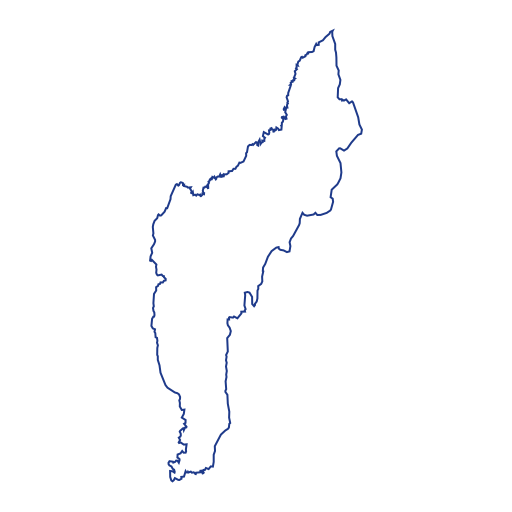 Buhigwe, Kigoma, United Republic of Tanzania (Equal Earth projection)
{"feature_id": "72390352B43433883631580", "entity_name": "Buhigwe", "entity_type": "district", "adm_level": 2, "iso_a3": "TZA", "parent_name": "United Republic of Tanzania", "parent_adm1": "Kigoma", "projection": "equal_earth", "projection_center": [29.939, -4.477], "detail": "fine", "context": "isolated", "style": "outline", "palette": "blue", "viewbox_px": 512, "rotation_deg": 0, "n_neighbors": 0, "source": "geoboundaries", "source_scale": "gbopen_adm2", "svg_char_len": 6048}
<svg xmlns="http://www.w3.org/2000/svg" viewBox="0 0 512 512"><path d="M330.3,210.5L331.0,209.4L333.1,201.8L332.7,198.7L330.6,197.2L331.7,189.7L337.3,184.4L338.4,182.5L340.5,178.3L341.4,172.5L340.5,163.1L336.9,155.8L336.3,151.4L339.2,148.3L340.2,148.3L344.0,150.6L347.3,148.5L351.3,142.7L358.0,134.9L361.2,133.7L361.9,129.6L359.4,124.5L358.2,117.3L353.0,102.4L352.0,101.4L349.2,103.2L346.1,99.4L343.9,100.6L342.8,99.9L342.1,100.5L341.6,99.2L339.5,99.3L337.7,97.3L338.1,88.1L339.8,84.4L340.4,79.9L338.4,74.3L338.7,70.5L336.5,65.7L336.4,57.5L336.0,52.6L335.2,49.8L335.2,44.0L332.4,36.1L332.2,31.7L332.7,30.7L330.2,31.9L329.5,33.7L325.5,37.1L322.9,40.3L318.7,42.4L318.7,44.9L316.9,45.1L316.2,43.9L314.6,47.0L313.6,51.2L312.0,52.0L308.4,52.2L308.2,53.3L307.5,53.0L306.7,54.5L305.3,55.3L305.4,56.3L302.7,57.7L302.0,56.8L301.2,57.2L299.7,60.7L298.3,61.6L297.4,64.6L297.7,65.3L296.6,64.8L296.6,67.5L296.0,68.3L296.9,69.2L294.8,71.2L295.5,73.9L294.0,77.6L294.7,78.2L294.0,78.3L294.5,79.6L294.2,80.3L293.2,80.2L292.9,81.1L292.5,80.7L291.7,81.1L292.2,81.9L290.7,82.8L291.0,84.4L290.3,84.9L290.9,85.0L290.5,86.3L288.2,93.0L288.2,95.3L287.1,95.7L286.6,97.3L288.0,101.4L287.4,102.4L287.9,103.5L287.2,104.1L287.0,105.9L287.4,107.6L286.4,107.7L286.1,108.5L285.7,107.7L284.9,108.3L284.5,107.5L283.7,109.1L283.9,109.8L285.8,109.6L285.2,112.2L286.8,114.9L285.9,116.6L286.5,118.7L285.5,119.0L283.7,116.6L281.9,117.1L281.8,117.7L283.4,119.1L282.9,121.7L281.9,122.6L281.8,125.1L281.2,125.7L281.7,126.2L281.4,129.6L278.9,130.1L278.2,128.7L276.4,127.5L276.0,129.9L274.9,130.6L274.4,130.0L273.4,132.4L273.4,129.9L272.0,129.2L271.5,128.1L270.8,128.4L271.5,129.0L270.8,129.8L269.0,130.3L269.3,132.7L268.9,134.1L268.1,134.5L263.8,132.1L262.9,136.1L265.0,137.8L264.4,138.5L264.3,140.9L262.3,140.6L262.6,142.2L261.6,142.5L260.5,144.1L259.6,139.7L258.1,142.5L258.1,145.5L257.3,145.1L257.1,142.8L256.0,142.1L253.1,144.9L252.5,144.2L251.5,145.0L249.6,144.9L248.0,146.4L247.0,152.2L246.1,153.2L246.2,155.8L243.5,161.5L240.4,162.9L239.4,162.6L237.9,165.7L236.5,166.7L235.4,168.8L233.5,168.8L232.1,171.0L228.6,171.3L228.6,172.8L226.7,174.3L224.3,174.3L224.0,175.3L223.4,174.5L223.0,175.2L222.1,175.1L221.4,176.0L222.3,176.6L221.1,176.9L220.2,174.4L219.2,176.6L217.8,176.5L216.3,177.5L216.3,178.7L215.8,179.3L214.4,176.8L213.9,177.7L212.4,176.9L211.8,179.3L210.5,179.6L210.5,178.9L209.8,179.5L209.8,180.5L208.5,181.7L209.0,182.8L208.1,184.5L208.2,188.0L207.8,188.1L207.0,185.8L206.4,186.9L205.3,186.6L204.5,187.6L203.5,187.6L202.8,190.8L203.4,192.9L204.1,193.1L204.0,194.2L202.4,193.7L202.4,194.7L201.0,196.1L200.6,196.1L200.1,194.6L199.3,195.0L197.4,194.3L196.2,195.6L195.1,194.7L193.3,195.2L192.9,192.5L192.5,193.3L191.3,193.1L191.2,192.5L192.2,192.0L190.0,188.6L190.8,187.3L187.9,187.6L187.1,186.8L183.9,186.0L184.1,184.7L183.0,184.9L183.0,183.2L181.7,182.5L180.7,182.3L179.9,183.0L179.0,185.1L178.3,185.6L176.9,184.1L175.8,184.7L170.7,196.2L170.5,199.2L167.2,208.2L166.1,208.1L164.6,211.7L161.2,215.4L160.0,215.6L158.6,214.4L158.0,215.1L157.2,218.2L154.6,220.8L153.3,224.2L152.8,226.9L153.4,233.4L152.9,235.5L155.1,239.9L155.1,241.5L154.0,244.2L151.3,248.3L152.2,252.8L150.6,256.3L150.1,260.6L151.1,261.0L151.9,259.9L156.4,264.5L156.0,266.8L156.5,269.6L156.2,272.8L156.9,274.6L157.8,275.4L161.6,274.6L162.8,276.0L163.9,276.2L163.9,277.1L165.7,278.9L165.6,280.4L163.9,280.8L162.8,282.5L160.5,282.4L160.0,283.9L158.4,284.3L158.1,285.8L156.1,287.2L156.2,290.5L154.0,293.9L153.4,303.2L153.8,306.3L153.0,308.0L153.5,311.0L154.3,312.4L154.5,315.0L154.1,316.6L153.3,316.7L152.1,318.8L151.4,325.9L152.8,328.4L155.0,329.3L154.5,331.8L155.3,333.1L155.6,337.2L157.0,337.9L157.4,340.9L157.0,342.7L157.9,345.3L157.3,347.9L157.2,354.9L157.8,356.2L157.8,359.9L159.5,365.3L160.5,372.7L165.5,385.1L167.5,387.7L174.9,392.5L177.4,393.2L179.0,394.4L180.1,397.0L180.0,399.0L179.3,400.3L179.9,403.0L179.8,406.5L181.8,410.0L184.4,409.6L183.8,413.9L181.8,417.6L185.6,420.0L185.5,422.9L184.1,423.8L186.5,426.7L186.3,427.4L185.0,427.6L183.9,430.0L183.6,428.2L183.0,428.3L180.1,430.9L179.7,431.7L180.7,433.5L180.8,435.4L180.4,436.5L178.8,437.7L180.1,440.0L178.7,442.4L179.1,443.0L180.7,442.5L183.8,444.6L186.6,444.3L185.9,449.4L186.1,451.4L185.6,452.7L183.6,452.7L182.2,451.0L180.5,453.4L177.6,454.5L177.4,457.5L179.4,458.9L179.6,460.0L178.8,462.7L177.5,460.7L176.1,460.6L175.2,461.8L173.3,462.6L173.0,461.7L169.5,461.2L168.5,462.8L168.6,464.2L169.4,465.4L171.5,466.5L172.7,468.8L174.1,469.7L174.7,471.9L174.5,472.6L172.6,471.3L170.1,471.0L170.2,477.0L171.3,480.4L172.5,481.3L173.8,480.2L174.9,478.1L178.3,479.9L179.3,480.0L181.5,478.7L181.3,476.9L184.0,476.6L185.6,471.2L186.3,472.4L187.7,472.5L188.0,471.8L188.5,472.5L190.8,471.6L191.9,472.7L193.7,472.3L195.6,473.9L195.5,475.0L196.1,472.7L200.3,472.3L200.4,470.8L201.4,470.7L202.6,473.4L203.2,473.2L203.7,472.7L202.7,470.6L203.5,469.9L204.8,470.0L205.9,468.0L208.6,469.1L210.8,466.4L212.9,466.6L213.7,461.9L213.7,454.7L215.0,451.0L214.8,446.2L220.9,434.6L225.3,430.5L228.0,428.8L228.9,427.5L229.3,423.8L230.2,423.0L229.1,417.6L229.3,411.7L227.8,403.7L227.4,394.8L225.4,391.9L225.4,390.8L226.2,389.2L225.6,381.3L226.5,377.0L226.2,374.6L226.8,371.0L226.0,366.5L226.7,362.8L226.0,360.2L226.6,356.7L226.1,355.0L227.8,351.5L227.2,338.1L229.9,334.8L230.8,331.1L229.6,327.6L227.9,325.3L227.4,323.2L227.6,319.4L229.1,319.5L229.0,317.6L229.5,317.1L233.0,317.6L234.0,316.5L237.4,318.3L241.4,313.4L241.3,311.7L245.0,311.6L244.7,310.5L245.6,309.1L244.4,305.5L245.2,295.1L244.8,292.7L247.5,292.0L249.5,292.6L252.1,296.9L252.2,304.0L254.1,306.2L255.0,305.0L254.9,303.9L256.7,301.5L257.4,298.5L257.5,290.6L258.3,288.8L258.2,286.1L261.2,283.9L262.3,281.4L262.1,276.6L263.3,271.3L262.8,271.0L263.1,267.5L265.2,264.0L267.9,256.8L271.6,251.1L276.3,247.6L278.6,247.1L278.8,248.6L280.3,249.8L283.6,250.4L286.9,252.1L289.5,251.4L290.4,246.1L289.6,242.2L291.0,238.5L293.1,236.0L299.1,225.0L299.7,223.2L299.9,218.9L302.5,212.8L304.2,214.8L307.1,215.7L313.6,214.5L315.4,212.8L317.3,215.0L320.7,214.9L326.7,212.9L330.3,210.5Z" fill="none" stroke="#1e3a8a" stroke-width="2"/></svg>